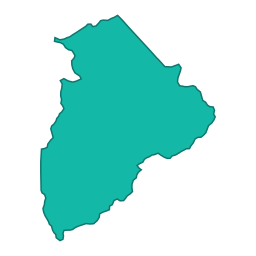 outline of Itarana, Espírito Santo, Brazil
{"feature_id": "56859067B16388217553229", "entity_name": "Itarana", "entity_type": "district", "adm_level": 2, "iso_a3": "BRA", "parent_name": "Brazil", "parent_adm1": "Espírito Santo", "projection": "mercator", "projection_center": [-40.89, -19.955], "detail": "fine", "context": "isolated", "style": "filled", "palette": "teal", "viewbox_px": 256, "rotation_deg": 0, "n_neighbors": 0, "source": "geoboundaries", "source_scale": "gbopen_adm2", "svg_char_len": 2219}
<svg xmlns="http://www.w3.org/2000/svg" viewBox="0 0 256 256"><path d="M60.0,240.6L62.9,239.3L63.5,236.0L63.0,233.2L64.0,230.4L67.4,230.1L70.0,230.1L72.6,229.5L75.4,227.5L78.4,226.1L82.1,224.9L86.0,223.6L90.1,224.0L93.7,223.7L97.2,220.6L99.2,217.4L99.7,213.8L103.0,212.1L106.3,211.0L109.4,209.7L109.6,206.1L112.3,204.7L114.0,200.5L117.2,199.0L120.0,200.8L123.6,200.6L125.7,198.1L127.3,195.8L130.0,194.0L132.5,191.6L131.9,187.6L132.0,184.3L133.3,180.2L136.3,177.8L136.8,174.8L138.5,172.1L141.3,169.8L139.1,168.2L137.0,165.5L139.5,163.7L142.8,162.2L144.4,159.3L146.5,157.8L149.0,156.9L152.1,155.0L154.6,154.6L158.0,153.2L161.1,155.3L164.4,157.3L167.3,158.4L170.1,158.3L172.1,155.9L175.5,155.0L178.6,153.2L181.0,151.6L183.7,150.2L186.2,148.8L189.5,148.6L190.8,146.0L193.3,142.8L195.1,138.9L197.7,137.4L201.0,137.2L203.2,135.5L205.8,132.8L207.0,129.7L208.5,125.6L211.7,123.1L213.8,120.1L215.2,116.8L213.6,114.1L214.5,110.4L213.2,107.0L209.7,106.6L207.4,105.1L205.6,102.2L202.8,100.5L201.7,96.8L200.4,92.0L197.1,89.4L195.4,86.7L192.9,85.7L187.9,86.7L185.0,86.7L182.5,86.2L179.7,85.8L177.5,82.0L177.9,78.1L179.2,74.3L180.3,71.3L181.1,67.9L178.7,64.3L171.4,67.0L164.8,66.6L158.7,59.9L156.4,57.6L153.8,54.7L151.6,52.2L148.1,48.4L143.6,43.5L129.4,28.1L126.7,25.1L122.0,19.8L117.6,15.4L114.3,17.3L111.0,18.6L107.9,20.4L103.2,20.1L100.6,20.7L98.8,23.0L96.0,26.0L92.7,26.6L90.9,24.1L87.8,24.2L85.8,26.3L81.5,29.1L79.2,30.6L76.4,32.5L72.8,34.7L69.6,36.9L67.0,37.7L64.1,39.1L59.8,39.8L55.0,37.6L54.5,41.3L57.1,42.0L60.3,42.6L63.4,44.2L65.5,47.6L68.5,49.7L71.9,50.5L73.8,53.4L75.0,55.8L73.9,58.3L71.7,60.8L71.9,65.1L72.8,68.8L74.9,72.8L79.8,76.1L81.2,78.9L76.4,81.1L72.8,82.1L68.1,80.9L63.9,78.6L60.3,80.6L62.2,83.8L61.8,88.1L60.8,91.9L60.7,95.8L61.6,99.7L60.9,103.4L62.8,106.0L63.9,108.7L61.8,111.9L59.6,113.7L58.6,116.3L56.8,118.4L55.9,121.2L54.0,124.0L51.7,126.0L50.8,128.9L52.0,133.2L53.2,137.7L50.7,140.1L47.8,144.1L47.2,147.3L44.6,148.5L41.5,149.1L40.8,161.4L40.8,171.8L41.1,190.3L42.1,192.9L44.6,194.5L45.8,198.0L44.7,201.5L44.4,204.6L43.0,208.5L43.7,212.3L45.2,215.9L46.9,218.8L48.3,221.2L49.4,224.2L51.5,226.1L52.6,230.1L54.0,232.7L55.8,234.5L56.2,237.7L60.0,240.6Z" fill="#14b8a6" stroke="#0f766e" stroke-width="1.5"/></svg>